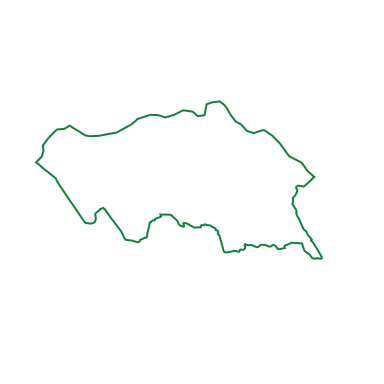 outline of Donga-Mantung, Nord-Ouest, Cameroon, rotated 143°
{"feature_id": "32672807B54432963078560", "entity_name": "Donga-Mantung", "entity_type": "district", "adm_level": 2, "iso_a3": "CMR", "parent_name": "Cameroon", "parent_adm1": "Nord-Ouest", "projection": "orthographic", "projection_center": [10.802, 6.688], "detail": "fine", "context": "isolated", "style": "outline", "palette": "green", "viewbox_px": 384, "rotation_deg": 143, "n_neighbors": 0, "source": "geoboundaries", "source_scale": "gbopen_adm2", "svg_char_len": 2479}
<svg xmlns="http://www.w3.org/2000/svg" viewBox="0 0 384 384"><g transform="rotate(143 192 192)"><path d="M295.9,232.0L295.4,231.1L295.2,230.9L291.9,227.7L289.6,226.6L287.0,226.8L284.6,228.8L283.0,232.1L281.6,233.1L278.4,233.1L275.6,233.3L275.6,233.5L272.5,232.8L272.0,230.1L272.3,221.8L272.3,211.1L272.3,203.1L273.8,195.1L273.6,193.7L271.1,191.2L268.7,188.8L266.1,185.0L264.6,184.0L263.6,184.1L262.5,185.0L260.9,184.5L257.2,183.9L256.4,183.1L254.6,183.5L251.9,186.5L246.5,190.6L244.1,193.1L243.1,192.5L242.2,193.0L240.0,192.9L239.3,191.9L238.4,192.0L237.5,192.7L231.9,191.0L231.5,191.0L230.8,193.0L223.3,187.2L222.6,186.3L221.1,178.0L221.9,174.3L221.5,171.9L220.2,169.9L219.2,169.3L218.5,170.1L217.9,172.2L216.9,172.0L216.3,171.4L215.0,169.9L211.6,162.2L206.2,158.6L204.9,159.7L204.0,159.6L202.5,158.3L201.0,158.3L199.7,156.3L197.3,154.0L197.1,152.4L195.1,148.9L195.3,148.2L196.0,147.3L194.7,145.6L195.2,144.0L196.6,143.1L196.3,140.6L202.4,125.4L202.0,124.2L201.1,123.1L195.6,120.3L194.1,120.0L192.6,118.7L190.8,116.2L190.2,116.0L188.5,116.8L187.5,116.6L186.2,115.2L185.2,114.8L183.6,115.1L182.4,116.2L182.0,118.0L181.0,118.4L179.4,115.9L176.6,114.2L175.5,112.3L173.4,108.8L172.1,108.2L168.8,108.4L165.4,105.7L163.6,102.5L162.2,101.2L159.4,100.9L158.8,100.9L157.7,98.6L157.8,95.1L157.2,94.1L151.6,91.3L151.0,93.0L149.8,93.3L144.9,91.8L143.3,91.8L135.1,84.7L137.3,78.4L137.4,76.1L135.8,72.2L135.7,66.7L133.7,64.5L131.5,63.7L130.2,61.8L128.3,60.9L127.6,61.9L126.7,67.8L126.2,73.4L125.7,79.4L126.2,81.1L125.9,82.0L125.0,82.1L125.3,88.0L124.5,91.7L125.3,95.0L122.7,106.3L122.7,107.0L122.2,110.4L121.7,112.0L120.0,113.8L119.5,115.9L119.1,122.0L116.6,124.0L115.2,126.4L111.3,127.3L109.2,128.3L107.8,129.0L106.8,130.0L106.3,132.9L105.5,133.4L103.5,133.3L99.3,129.0L89.6,129.8L88.2,130.3L85.3,130.4L87.1,139.1L86.8,149.4L92.9,162.2L92.6,177.4L93.5,185.3L93.9,188.3L96.8,197.3L98.7,199.0L107.1,201.8L111.4,207.7L112.1,216.4L114.6,221.7L114.8,229.8L113.8,237.4L113.8,242.2L115.4,247.8L122.3,251.6L127.5,253.3L135.8,245.8L141.7,249.1L143.2,255.8L148.9,261.7L149.7,262.5L158.7,264.2L159.7,264.3L168.3,267.5L172.0,272.7L172.7,273.7L178.9,278.8L191.7,283.1L195.2,282.6L199.9,282.5L216.2,284.8L232.7,293.0L240.2,298.1L243.1,301.4L249.9,318.8L251.9,318.8L255.7,319.2L262.2,323.1L264.5,323.0L275.0,321.3L283.1,318.9L285.9,314.2L290.8,310.7L298.7,309.5L297.7,306.3L296.8,301.2L292.6,285.1L293.5,280.2L293.9,273.6L294.6,259.9L295.9,232.0Z" fill="none" stroke="#15803d" stroke-width="2"/></g></svg>